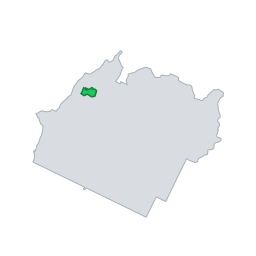 Wasat Al Gedaref, Gedarif, Sudan shown in context, rotated 206°
{"feature_id": "16777658B33675422970031", "entity_name": "Wasat Al Gedaref", "entity_type": "district", "adm_level": 2, "iso_a3": "SDN", "parent_name": "Sudan", "parent_adm1": "Gedarif", "projection": "mercator", "projection_center": [35.181, 14.159], "detail": "fine", "context": "in_parent", "style": "filled", "palette": "green", "viewbox_px": 256, "rotation_deg": 206, "n_neighbors": 0, "source": "geoboundaries", "source_scale": "gbopen_adm2", "svg_char_len": 4576}
<svg xmlns="http://www.w3.org/2000/svg" viewBox="0 0 256 256"><g transform="rotate(206 128 128)"><path d="M168.9,194.1L166.9,194.1L166.7,193.6L166.8,192.3L167.0,191.3L167.7,189.8L167.5,188.9L167.6,187.7L167.1,186.3L162.4,182.3L161.4,181.2L158.9,180.2L159.3,179.1L158.3,171.0L158.8,170.0L158.9,168.6L158.9,167.3L159.5,165.2L159.6,164.3L154.5,164.3L154.5,165.2L154.7,166.2L154.7,166.6L147.7,166.6L150.5,169.8L150.6,171.2L150.4,173.0L150.5,174.1L150.6,174.8L151.4,176.3L151.4,176.5L151.2,176.9L146.2,181.1L145.3,183.1L144.7,184.2L143.2,185.9L138.7,190.4L137.9,190.7L134.5,190.9L134.1,191.0L133.8,191.2L133.7,191.2L130.7,188.5L125.7,185.3L122.4,187.0L121.5,187.6L121.5,189.1L121.0,189.9L120.1,190.8L117.7,191.3L116.4,191.8L114.9,192.6L113.4,194.1L113.3,194.9L113.5,195.5L105.0,195.5L104.5,195.0L103.2,192.6L102.4,192.7L94.7,192.4L93.6,192.7L91.4,193.7L90.3,193.8L89.2,193.4L85.1,188.6L84.2,188.1L83.3,187.0L82.5,186.5L82.2,186.1L82.1,185.6L82.1,184.6L81.8,183.9L81.2,183.8L75.7,184.9L75.0,184.7L73.8,184.9L73.4,185.1L73.0,185.7L72.9,187.0L72.7,187.7L72.3,188.4L70.8,190.0L70.4,190.7L70.5,192.5L70.4,193.4L70.2,193.8L69.5,194.5L69.3,194.8L69.0,197.1L68.1,198.5L67.9,199.0L67.9,199.9L67.7,200.2L65.3,201.0L64.4,201.5L63.8,202.3L63.7,202.6L62.6,202.3L61.3,202.1L58.7,201.9L57.7,201.5L57.2,201.0L57.4,199.6L57.1,199.3L56.7,199.1L56.4,198.5L56.5,197.8L57.8,196.2L58.1,195.4L58.5,191.4L58.4,190.2L57.3,188.0L54.8,184.1L54.2,183.3L51.1,180.2L50.8,179.7L50.0,178.4L50.9,175.4L50.9,174.6L50.7,173.8L49.9,173.1L49.2,173.1L48.3,172.3L47.7,171.9L47.2,171.2L46.8,170.3L47.1,166.8L46.9,166.3L46.1,166.2L45.9,166.0L46.0,165.3L45.5,163.3L45.1,161.7L45.3,160.8L44.7,159.5L43.4,159.0L40.9,159.4L40.2,159.3L39.6,159.1L39.3,158.6L39.1,158.1L39.2,157.3L39.9,155.8L40.8,154.6L42.6,153.5L43.1,152.9L43.3,152.2L43.4,151.5L43.3,150.7L43.1,150.0L42.5,149.0L42.1,147.9L42.0,147.1L42.3,146.6L42.8,145.9L44.5,144.6L46.3,143.5L46.6,143.2L46.5,142.7L45.7,141.8L45.4,140.1L45.0,138.9L45.9,138.0L46.6,137.7L47.6,137.4L48.0,137.0L48.1,136.3L48.1,135.6L48.5,135.1L49.0,134.0L49.4,133.5L50.8,132.2L51.1,131.4L51.2,130.6L50.8,128.1L51.6,127.1L52.6,126.3L54.1,126.3L56.4,126.1L57.9,125.8L59.0,125.8L61.5,126.3L61.8,126.1L61.9,125.4L61.9,78.5L72.4,78.5L72.5,78.4L72.5,55.8L138.5,55.8L139.1,55.7L140.1,53.5L140.5,53.4L141.2,53.5L141.4,54.0L140.9,55.8L198.5,55.7L198.6,58.3L199.1,60.4L200.7,63.4L202.1,65.0L202.6,65.9L202.7,66.3L202.6,66.6L202.2,66.2L201.5,65.9L201.4,67.3L201.7,70.1L202.3,72.1L201.9,73.9L201.9,77.0L202.7,80.8L202.5,83.1L203.7,88.6L204.9,91.7L205.5,92.4L206.2,92.8L207.6,93.1L209.6,94.6L211.3,96.3L211.8,97.1L212.6,98.0L213.1,97.9L213.5,97.6L214.0,98.4L216.6,100.0L216.9,100.8L216.0,101.5L215.0,102.8L214.4,104.0L214.2,104.3L213.3,105.1L213.2,105.4L212.8,105.7L212.4,105.7L211.5,106.1L210.7,106.0L209.9,106.2L209.7,106.5L209.0,106.7L208.2,106.9L206.8,107.9L205.7,108.3L205.3,108.7L204.7,110.7L204.2,111.3L202.5,111.3L201.7,111.5L200.5,111.3L200.0,111.3L199.8,111.7L199.6,113.4L199.7,114.1L198.7,116.1L199.0,119.7L198.0,122.4L197.9,123.1L197.0,125.2L196.5,126.0L195.3,130.0L194.8,131.2L193.8,132.5L194.8,142.1L194.0,145.1L194.0,146.7L193.4,149.0L192.9,150.1L192.2,151.4L191.5,152.9L191.0,154.8L190.6,158.5L190.4,158.8L187.4,159.3L186.4,159.5L185.8,159.9L185.0,160.9L183.4,163.4L182.6,165.0L181.4,167.2L179.9,168.7L179.6,169.4L179.3,170.8L178.8,173.0L178.3,174.5L178.4,175.8L177.9,177.9L178.0,179.0L177.4,179.5L176.7,180.1L176.3,180.2L174.1,178.8L172.7,179.8L171.7,181.2L171.0,182.6L171.4,185.6L171.4,186.2L171.2,186.9L169.8,189.9L169.4,191.2L168.9,193.5L168.9,194.1Z" fill="#d9dde1" stroke="#a8b0b8" stroke-width="1"/><path d="M171.7,142.3L171.8,143.1L171.9,143.5L172.0,144.3L172.5,147.5L173.0,147.9L173.8,148.1L174.4,148.3L174.7,148.4L175.2,148.1L176.5,147.7L176.5,147.8L176.9,148.2L177.1,148.4L178.2,148.5L178.3,148.3L178.8,147.4L179.4,146.3L179.6,145.9L180.0,145.7L180.3,145.7L180.5,145.2L180.7,144.9L181.4,144.9L181.5,145.3L182.1,145.5L182.6,145.5L182.7,145.4L182.8,145.4L182.7,145.3L182.7,145.2L182.5,144.9L182.3,144.8L182.1,144.7L182.0,144.4L182.1,144.2L182.2,143.9L182.3,143.9L182.4,144.0L182.5,144.1L182.8,144.1L183.1,144.1L183.3,144.2L183.3,144.3L183.2,144.5L183.1,144.8L183.2,145.0L183.3,145.2L183.5,145.2L184.4,144.8L185.5,144.8L185.4,143.5L185.4,142.6L185.2,141.2L185.1,139.9L185.0,139.1L185.1,138.8L185.2,138.6L185.3,138.4L182.1,137.9L181.7,137.9L181.2,138.2L180.8,138.8L180.4,139.3L180.1,139.7L179.8,140.2L179.6,140.5L179.1,140.6L178.4,140.5L177.6,140.4L175.9,140.2L175.4,140.0L174.7,140.1L172.9,141.0L172.2,141.7L171.7,142.3Z" fill="#22c55e" stroke="#15803d" stroke-width="1.5"/></g></svg>